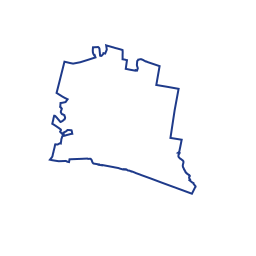 outline of Sprancenata, Olt, Romania, rotated 33°
{"feature_id": "2599482B2339465789380", "entity_name": "Sprancenata", "entity_type": "district", "adm_level": 2, "iso_a3": "ROU", "parent_name": "Romania", "parent_adm1": "Olt", "projection": "orthographic", "projection_center": [24.622, 44.051], "detail": "fine", "context": "isolated", "style": "outline", "palette": "blue", "viewbox_px": 256, "rotation_deg": 33, "n_neighbors": 0, "source": "geoboundaries", "source_scale": "gbopen_adm2", "svg_char_len": 5301}
<svg xmlns="http://www.w3.org/2000/svg" viewBox="0 0 256 256"><g transform="rotate(33 128 128)"><path d="M97.1,188.7L96.0,186.1L98.4,184.4L105.5,179.4L110.5,175.8L111.2,175.7L113.4,174.2L113.8,174.3L115.0,174.7L116.5,175.9L117.4,176.4L118.4,176.6L123.0,174.6L123.4,174.4L123.5,174.8L126.6,173.4L126.5,173.1L132.8,170.5L137.4,168.6L138.2,168.3L140.1,167.5L141.8,166.8L143.2,166.5L146.4,165.5L148.0,164.6L147.6,164.4L148.8,163.7L149.7,163.6L149.9,163.7L150.9,163.7L151.2,163.6L151.6,163.4L152.2,163.1L152.6,162.9L153.1,162.9L153.5,162.8L154.5,162.7L154.6,162.4L156.3,162.0L158.5,161.6L158.9,161.6L160.1,161.3L163.9,160.4L164.6,160.3L174.4,158.0L185.8,155.5L217.4,148.3L216.6,141.2L216.7,140.5L216.4,140.1L214.5,139.5L213.4,139.1L212.9,138.5L211.6,138.7L209.7,138.5L207.8,138.3L207.8,138.0L208.3,137.9L209.0,137.8L208.4,137.6L207.8,137.3L207.2,137.0L206.6,136.7L206.3,136.4L206.2,136.2L206.1,135.8L206.0,135.3L206.0,135.1L206.0,134.6L205.9,134.5L205.7,134.4L205.5,134.5L205.4,134.6L205.2,134.6L205.1,134.4L205.2,134.2L204.9,134.1L204.6,134.1L204.3,134.1L204.0,134.2L203.7,134.2L203.3,134.1L203.2,134.1L202.8,134.2L202.6,134.2L202.1,134.1L201.4,133.8L201.3,133.7L201.2,133.7L201.0,133.8L200.9,133.9L200.4,133.7L200.1,133.6L199.9,133.4L199.7,133.2L199.4,133.0L198.9,132.9L198.5,132.6L198.3,132.4L197.9,132.3L197.7,132.3L197.5,132.2L197.3,132.0L197.1,131.8L196.9,131.6L196.3,131.3L195.7,131.0L195.3,130.7L194.9,130.3L194.5,129.9L194.3,129.4L194.1,129.0L193.9,128.6L193.6,127.6L193.5,127.2L193.3,126.8L193.0,126.3L192.8,126.0L192.5,125.7L192.1,125.6L191.7,125.4L191.4,125.4L189.3,125.2L188.6,125.3L187.6,125.1L186.9,124.9L186.4,124.8L186.0,124.5L185.7,124.3L185.5,124.0L185.4,123.7L185.2,123.4L185.1,123.1L184.9,122.8L184.8,122.6L184.8,122.4L184.8,122.2L185.0,121.9L184.9,121.0L183.5,121.5L183.8,120.7L183.8,120.4L183.8,119.8L183.5,118.9L183.2,118.2L183.0,117.7L182.2,115.6L179.4,108.6L169.0,113.2L157.4,87.6L149.1,67.6L138.9,71.9L128.3,76.5L120.8,58.9L107.9,62.2L107.4,62.1L107.0,62.3L106.5,62.6L106.3,62.6L105.6,62.6L105.0,62.7L104.7,62.7L104.4,62.7L103.8,62.7L103.4,62.8L102.9,62.8L102.7,62.9L102.5,63.0L102.4,63.0L102.2,63.0L101.9,63.1L101.6,63.1L101.2,63.4L101.0,63.5L100.8,63.7L100.6,63.9L100.2,64.3L100.0,64.5L99.9,64.7L99.7,64.9L99.6,65.2L99.5,65.3L99.4,65.3L99.4,66.0L99.3,66.4L99.3,66.7L99.3,66.9L100.5,69.1L101.1,70.3L101.3,70.5L101.6,70.8L102.2,71.4L102.7,71.7L103.4,72.3L103.6,72.5L103.8,72.8L103.8,73.0L103.9,73.3L104.1,74.2L104.3,74.8L103.1,75.2L103.4,75.6L103.0,75.9L97.5,78.2L93.9,79.6L90.2,71.7L90.0,71.8L88.0,72.4L87.0,72.9L86.6,73.0L86.0,73.3L85.0,71.7L83.5,69.4L82.8,68.2L82.1,67.1L81.0,65.6L80.4,65.7L79.1,66.1L76.9,66.8L75.6,67.2L74.5,67.6L72.9,68.1L72.5,68.2L72.0,68.3L70.9,68.7L69.8,69.0L68.9,69.3L68.2,69.5L67.3,69.8L66.0,70.2L65.1,70.5L64.7,70.6L66.4,72.5L67.4,73.7L67.5,73.8L68.3,78.0L66.7,78.6L66.8,78.8L66.9,79.1L66.9,79.6L66.5,81.7L66.5,81.9L65.6,82.5L65.4,82.6L65.1,82.4L61.0,77.2L60.3,76.7L60.2,76.6L59.9,76.5L59.6,76.5L59.3,76.4L59.1,76.4L58.7,76.4L58.2,76.9L54.7,79.4L56.0,81.8L57.2,83.5L58.4,84.6L60.0,85.4L60.3,85.0L62.3,86.5L60.5,88.7L57.0,93.0L52.1,98.9L46.9,103.9L44.2,105.0L38.6,107.0L45.9,128.3L49.0,137.5L54.9,137.4L55.5,137.4L58.5,137.2L59.4,137.1L60.1,137.0L61.7,136.8L61.6,138.6L61.5,140.3L59.1,142.7L57.8,143.8L59.3,146.5L59.5,147.1L59.6,147.3L60.8,147.3L60.9,147.5L61.0,147.7L61.2,147.8L61.4,147.8L61.6,147.8L61.9,147.8L62.0,148.0L62.1,148.3L62.3,149.0L62.4,149.7L62.6,150.5L62.9,151.1L63.0,151.3L63.5,151.6L64.0,151.9L64.5,152.1L64.8,152.3L65.0,152.3L65.6,152.3L65.8,152.2L66.1,152.0L66.6,152.0L66.8,152.0L67.1,152.0L67.4,151.9L67.7,151.9L67.9,152.1L68.1,152.4L68.6,152.7L69.0,153.0L69.4,153.3L69.6,153.6L69.7,153.9L69.9,154.2L70.0,154.6L70.0,154.9L69.9,155.3L70.0,155.5L69.9,155.6L69.7,155.9L69.7,156.0L69.5,157.1L69.3,157.6L69.1,158.1L68.8,158.6L68.6,158.9L68.4,159.4L68.2,159.7L67.9,159.7L67.4,159.6L67.0,159.4L66.5,159.3L65.7,159.0L65.2,158.9L64.7,158.7L64.2,158.6L63.8,158.5L63.5,158.4L63.1,158.2L62.8,158.1L62.1,158.0L61.3,157.8L60.9,157.7L60.7,157.6L60.4,157.6L60.2,157.6L59.7,157.7L59.4,157.9L59.6,158.4L59.8,159.1L59.9,159.4L60.4,160.8L60.9,162.0L61.3,163.2L62.2,165.7L64.2,165.6L65.2,165.6L66.2,165.6L70.5,165.7L71.5,165.8L72.2,165.8L72.5,165.9L72.9,166.2L73.0,166.7L73.1,168.1L73.7,168.3L74.7,168.5L75.2,168.6L75.6,168.7L77.9,169.1L78.0,169.0L77.7,168.5L76.8,167.4L76.4,167.0L76.7,166.6L77.0,166.1L77.3,165.5L77.6,165.1L77.8,164.6L77.9,164.4L78.0,164.2L78.1,163.8L78.2,163.5L78.2,163.1L78.4,162.6L79.4,162.0L80.1,161.6L80.7,161.3L81.2,161.0L81.6,160.8L81.9,160.7L82.6,161.3L83.2,161.9L83.9,162.7L84.4,163.2L84.0,163.5L83.6,163.9L82.7,164.8L82.1,165.5L80.7,167.0L79.5,168.4L79.4,168.6L78.6,169.4L78.2,169.7L77.7,170.4L77.4,170.7L77.5,171.1L77.7,171.7L77.8,172.1L77.9,172.4L78.0,172.8L78.1,173.3L78.3,173.9L79.1,175.4L79.4,176.2L80.1,177.6L79.8,177.7L79.5,177.8L79.2,177.9L78.6,179.0L78.3,179.5L78.2,179.8L78.0,180.1L77.9,180.2L77.7,180.4L77.3,180.6L75.9,181.3L76.0,181.8L76.5,183.1L76.7,183.5L77.7,186.4L77.9,187.0L78.0,187.3L78.4,188.4L78.7,189.1L78.7,189.3L79.2,190.7L79.5,191.5L79.7,192.0L79.8,192.2L79.9,192.5L80.0,192.8L80.1,193.3L80.1,193.6L80.1,193.9L80.1,194.2L80.1,194.6L80.0,194.9L80.0,195.1L79.8,197.1L81.7,196.4L84.9,195.0L88.0,193.6L93.8,189.5L95.0,189.3L95.3,189.4L97.1,188.7Z" fill="none" stroke="#1e3a8a" stroke-width="2"/></g></svg>